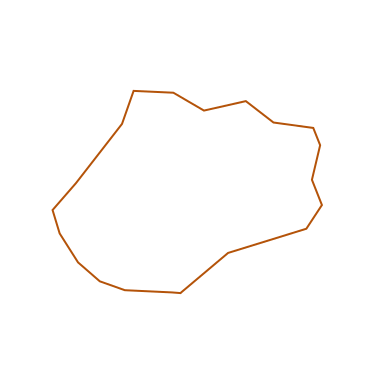 the border of Luton, rotated 311°
{"feature_id": "GBR-2752", "entity_name": "Luton", "entity_type": "Unitary Authority", "adm_level": 1, "iso_a3": "GBR", "parent_name": "United Kingdom", "parent_adm1": "", "projection": "robinson", "projection_center": [-0.408, 51.873], "detail": "fine", "context": "isolated", "style": "outline", "palette": "amber", "viewbox_px": 384, "rotation_deg": 311, "n_neighbors": 0, "source": "natural_earth", "source_scale": "10m", "svg_char_len": 420}
<svg xmlns="http://www.w3.org/2000/svg" viewBox="0 0 384 384"><g transform="rotate(311 192 192)"><path d="M230.0,81.6L254.7,112.8L261.3,147.6L295.9,173.0L297.9,207.9L319.9,241.5L311.4,258.0L279.9,274.5L267.4,298.6L239.3,302.4L169.7,259.2L109.0,249.7L108.2,249.7L103.1,242.8L73.8,205.7L64.1,181.0L64.1,152.2L73.9,119.3L86.9,98.6L122.7,98.6L197.5,94.5L230.0,81.6Z" fill="none" stroke="#b45309" stroke-width="2"/></g></svg>